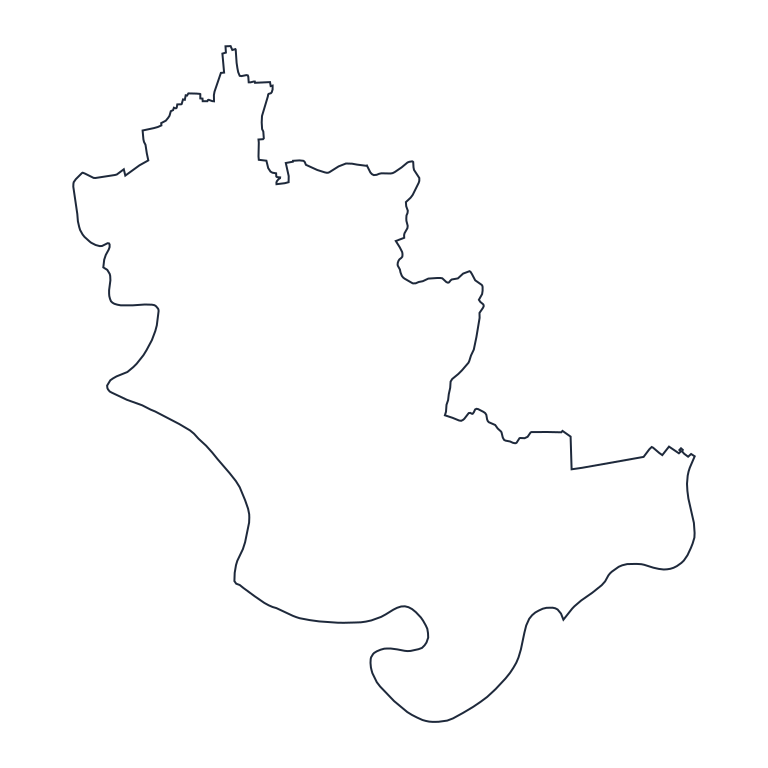 Y Yen, Nam Định, Vietnam (orthographic projection)
{"feature_id": "81297802B2331859269186", "entity_name": "Y Yen", "entity_type": "district", "adm_level": 2, "iso_a3": "VNM", "parent_name": "Vietnam", "parent_adm1": "Nam Định", "projection": "orthographic", "projection_center": [106.033, 20.329], "detail": "fine", "context": "isolated", "style": "outline", "palette": "slate", "viewbox_px": 768, "rotation_deg": 0, "n_neighbors": 0, "source": "geoboundaries", "source_scale": "gbopen_adm2", "svg_char_len": 6063}
<svg xmlns="http://www.w3.org/2000/svg" viewBox="0 0 768 768"><path d="M235.7,49.6L235.4,49.1L232.3,50.0L230.6,46.1L225.5,46.3L225.9,52.6L222.4,53.6L224.1,72.6L220.9,72.9L214.5,91.7L213.9,95.1L214.0,101.3L212.2,101.1L208.7,99.8L207.9,100.1L207.4,101.2L202.7,101.2L202.5,98.6L200.3,98.4L200.3,94.1L200.0,93.9L196.6,93.6L188.4,93.4L187.0,95.6L185.7,95.3L184.8,99.8L183.0,99.4L181.7,104.0L181.2,104.3L177.3,104.4L176.7,107.7L176.2,108.2L175.6,108.3L173.9,107.7L173.1,110.1L170.8,111.2L169.5,115.8L168.1,117.9L165.8,120.7L161.2,123.1L161.4,125.4L157.8,127.0L153.9,128.1L142.6,130.5L143.4,139.3L144.0,141.9L145.5,144.8L146.8,153.3L148.3,160.4L139.5,165.3L125.3,175.6L123.8,169.3L116.8,174.5L114.9,175.0L95.4,178.0L93.6,177.9L84.8,173.5L82.7,172.7L81.9,173.1L75.8,179.2L73.7,182.2L73.4,183.9L73.3,186.7L77.3,214.0L77.9,221.3L79.2,227.0L80.1,230.0L82.6,234.5L84.5,236.9L89.6,241.5L91.1,242.7L95.6,245.0L99.7,246.1L102.0,246.0L107.6,243.2L109.0,243.4L109.6,244.5L109.6,247.1L108.7,249.6L105.8,254.9L104.2,259.7L103.3,267.4L107.3,269.9L109.7,273.9L110.2,275.9L110.4,280.3L109.1,290.2L109.1,293.7L109.3,296.1L110.0,298.8L111.0,301.3L112.5,302.7L114.4,303.8L117.4,304.7L120.6,305.3L133.2,305.3L144.9,304.5L152.0,304.7L154.5,305.2L156.0,306.2L158.1,308.7L158.5,309.9L158.6,311.1L156.8,325.4L155.3,331.0L151.9,340.1L146.5,350.2L143.5,355.1L136.7,363.7L133.4,367.0L127.4,372.0L116.5,376.4L113.0,378.4L110.3,380.3L107.1,385.6L107.4,388.1L108.0,389.4L109.7,391.5L111.7,392.6L126.9,399.8L142.2,405.3L150.6,409.6L155.2,411.5L179.2,424.0L190.0,430.4L194.0,433.7L198.5,438.7L206.1,445.7L212.2,452.5L217.7,459.3L229.5,473.0L235.9,481.1L239.7,487.2L245.1,500.2L248.1,508.8L249.2,514.3L249.3,517.6L249.1,522.6L245.1,542.2L242.9,549.1L237.3,560.8L236.0,565.1L234.7,572.8L234.4,581.1L236.2,583.7L239.7,585.0L243.7,588.2L254.6,596.2L264.3,602.9L268.7,605.3L272.6,607.0L276.4,608.1L292.8,615.8L296.2,617.1L299.6,618.2L309.7,620.1L319.1,621.4L337.5,622.7L343.7,622.8L355.3,622.5L360.9,622.3L365.9,621.6L371.4,620.4L381.1,616.9L385.7,614.4L393.3,609.7L397.1,607.8L401.1,606.5L404.9,606.3L408.5,607.2L412.1,609.1L415.9,612.2L420.9,617.5L423.1,620.7L425.8,625.5L427.3,628.8L428.0,633.1L428.2,637.6L426.5,642.5L424.6,645.3L422.0,647.9L418.5,649.2L410.7,650.9L407.6,651.1L404.6,650.8L397.3,649.4L390.5,648.5L387.4,648.5L384.2,648.7L380.6,649.7L376.8,651.3L374.2,652.9L373.1,654.0L371.1,657.3L370.7,659.0L370.5,662.9L370.9,667.4L371.6,670.4L372.4,673.2L376.8,682.2L380.1,686.5L394.1,701.1L407.2,712.0L411.9,714.9L417.2,717.6L422.5,720.0L425.7,720.9L429.1,721.6L432.9,721.9L438.4,721.8L447.2,720.6L453.0,718.4L463.2,712.8L473.4,706.7L480.9,701.6L487.2,696.9L495.7,689.0L505.5,678.5L510.0,672.9L513.3,667.9L516.3,662.7L518.5,657.5L520.9,649.4L524.4,632.7L526.2,625.5L529.2,618.8L532.1,615.2L535.3,612.5L538.7,610.6L542.8,608.7L546.6,607.8L552.6,607.7L555.3,608.3L557.6,609.5L561.0,613.6L563.4,619.7L572.2,608.6L574.4,606.3L581.3,600.4L592.2,592.8L601.7,585.2L605.1,581.4L608.4,575.4L610.0,573.4L611.8,571.7L618.7,566.8L622.2,565.3L627.1,564.1L636.3,563.9L641.4,564.2L644.2,564.8L653.4,567.7L658.8,568.9L663.7,569.5L667.1,569.3L670.3,568.8L673.5,567.8L676.9,566.1L681.4,562.9L683.8,560.6L687.5,555.2L690.9,547.9L692.6,543.6L694.4,537.6L694.6,533.0L693.9,522.9L688.4,498.6L687.4,490.9L687.0,483.8L687.7,475.6L688.6,471.4L689.8,467.7L694.7,456.3L691.1,454.0L688.1,456.7L684.1,453.7L682.1,451.4L682.8,449.9L681.0,448.3L679.4,450.0L680.9,451.4L678.9,453.3L669.0,446.6L662.3,455.1L659.3,453.0L653.1,447.7L651.7,447.0L649.4,449.2L643.6,456.9L582.1,467.8L571.6,469.3L570.6,436.6L562.5,430.9L561.3,432.3L546.9,432.0L531.3,432.1L530.5,432.6L527.6,436.8L524.6,438.2L520.4,438.0L519.5,438.2L516.6,442.7L515.7,443.2L514.8,443.2L512.9,442.8L510.1,441.5L505.5,440.6L504.1,439.9L502.8,437.6L501.5,432.3L500.9,431.4L497.7,428.5L495.2,425.0L488.8,422.2L487.8,421.1L487.1,419.4L486.3,414.8L485.2,413.1L483.5,411.9L478.1,409.1L476.5,408.8L475.1,409.5L473.8,412.3L472.6,413.8L472.0,413.8L470.2,412.9L468.7,413.1L464.3,418.8L463.0,419.9L461.2,420.8L459.1,420.5L452.5,417.8L444.9,415.3L446.0,411.7L446.5,404.8L448.1,400.1L448.8,394.1L450.2,387.8L450.6,381.6L452.2,379.0L458.3,374.0L461.9,370.4L468.5,362.7L469.3,360.9L471.0,355.5L473.8,349.6L476.4,337.1L479.6,317.9L479.5,312.9L483.0,307.8L483.7,306.2L483.6,305.1L483.2,304.3L480.3,301.9L478.9,299.8L482.1,294.1L482.6,290.7L482.6,286.9L482.2,285.5L481.6,284.8L475.2,280.3L471.9,274.0L470.5,271.8L469.5,271.2L463.1,273.6L457.9,278.4L451.7,279.5L450.5,280.5L449.1,282.3L448.0,282.7L446.4,282.1L442.3,278.3L440.4,278.0L437.2,278.0L428.3,278.6L422.8,281.2L418.7,282.0L415.7,283.3L413.0,283.4L412.1,283.0L404.5,278.6L403.1,277.5L401.8,275.8L400.5,272.4L399.9,269.5L397.8,265.7L397.6,264.7L397.8,262.7L398.6,260.6L399.5,259.3L401.2,258.0L402.3,256.7L402.5,255.0L402.4,253.2L402.1,251.9L399.7,247.2L395.8,241.0L404.2,237.8L404.1,235.1L404.5,233.3L407.4,228.2L407.7,225.9L406.4,220.8L406.3,218.5L406.5,215.4L407.5,213.1L407.8,210.7L406.2,206.2L405.9,202.1L410.6,197.7L412.7,194.9L418.7,182.8L419.3,180.9L419.3,178.0L414.0,169.9L413.5,167.3L413.2,162.0L412.5,161.4L411.8,161.4L409.3,161.8L407.5,162.5L401.6,167.4L394.7,172.1L392.7,173.1L390.6,173.5L381.4,173.3L379.1,173.8L376.7,174.8L373.8,175.1L372.0,174.2L370.4,172.5L366.9,165.5L366.3,165.8L357.0,164.6L352.1,163.7L346.0,163.5L338.6,166.4L329.4,172.2L328.2,172.7L326.9,172.8L324.9,172.4L317.3,170.0L305.9,164.8L304.8,162.1L304.1,161.3L303.3,160.8L299.4,160.4L293.0,160.8L292.9,161.7L285.8,163.0L288.7,176.1L288.6,182.2L284.8,183.2L276.5,184.2L276.4,182.7L276.8,181.3L278.5,179.2L280.0,178.2L280.1,177.4L278.0,177.2L276.9,177.0L276.3,176.5L276.1,173.3L272.4,172.7L270.5,171.6L268.2,168.1L266.4,160.7L258.8,159.8L258.5,156.4L258.8,142.7L258.5,139.5L263.0,139.2L263.8,138.3L263.3,131.5L262.1,129.1L261.7,122.4L262.0,116.0L267.8,96.6L268.2,94.5L268.6,93.9L270.9,93.2L271.7,92.3L272.6,89.5L272.6,85.6L270.7,86.1L270.0,82.1L255.0,82.8L254.8,81.5L253.9,81.5L250.7,82.3L248.7,82.3L248.3,76.8L247.8,75.4L246.4,75.1L241.4,76.1L239.7,75.8L238.2,72.2L237.4,68.2L236.6,62.8L235.7,49.6Z" fill="none" stroke="#1e293b" stroke-width="2"/></svg>